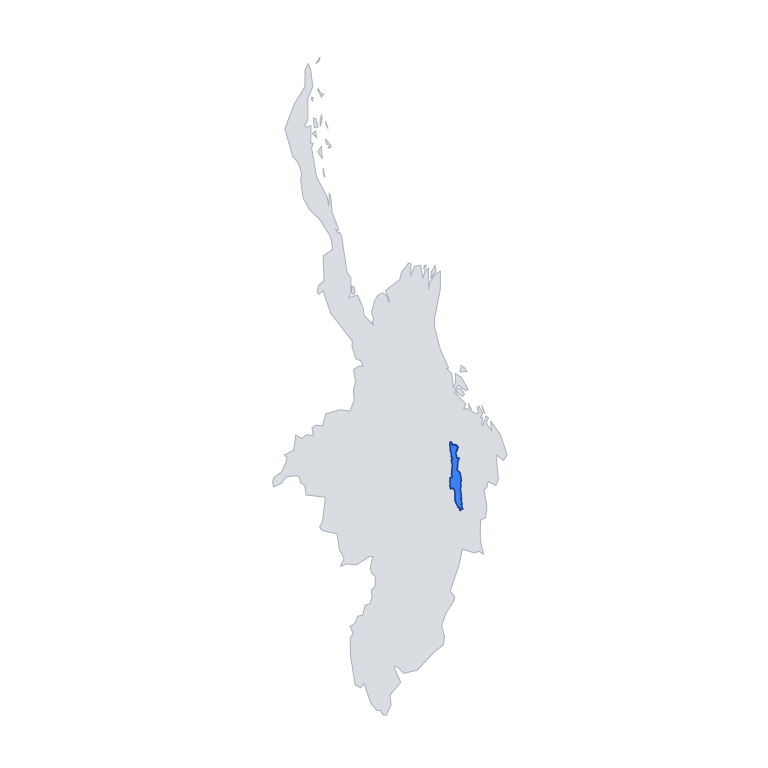 Gangaw, Magway, Myanmar (highlighted), rotated 176°
{"feature_id": "60261553B4120080326164", "entity_name": "Gangaw", "entity_type": "district", "adm_level": 2, "iso_a3": "MMR", "parent_name": "Myanmar", "parent_adm1": "Magway", "projection": "equal_earth", "projection_center": [94.202, 21.795], "detail": "fine", "context": "in_parent", "style": "filled", "palette": "blue", "viewbox_px": 768, "rotation_deg": 176, "n_neighbors": 0, "source": "geoboundaries", "source_scale": "gbopen_adm2", "svg_char_len": 8566}
<svg xmlns="http://www.w3.org/2000/svg" viewBox="0 0 768 768"><g transform="rotate(176 384 384)"><path d="M475.6,339.1L469.4,335.3L465.0,338.8L458.1,337.5L458.9,345.0L455.0,347.6L448.0,346.8L444.0,358.4L429.6,361.4L420.1,359.2L415.0,369.5L414.7,381.2L412.2,388.3L413.3,400.6L407.2,403.8L403.5,403.1L405.5,408.7L410.4,411.2L413.3,423.8L412.5,428.8L432.2,458.2L438.3,481.3L442.9,478.2L444.3,480.5L442.5,486.7L436.5,491.3L435.8,515.9L426.0,521.8L426.4,530.0L427.6,535.8L436.4,552.2L446.2,563.3L451.7,575.4L452.9,592.8L451.6,600.1L454.2,610.7L459.3,617.6L465.1,645.4L453.8,669.9L442.2,686.0L440.8,703.1L437.1,708.8L435.3,703.4L434.3,685.5L440.0,674.2L441.6,652.3L445.2,647.6L443.3,645.5L438.8,646.9L440.3,629.3L437.7,628.6L439.8,624.8L436.8,595.4L427.8,574.8L426.6,565.8L425.3,577.9L424.2,575.5L423.8,559.3L418.6,541.6L419.1,540.1L421.5,541.6L419.3,537.6L417.5,538.5L416.0,534.2L413.0,497.6L409.6,492.4L410.8,476.7L413.3,472.7L404.0,474.4L399.5,461.1L399.2,453.9L389.8,442.9L391.4,446.4L389.8,450.0L391.4,456.2L387.6,467.7L383.9,472.9L378.8,475.0L374.8,471.8L373.9,465.7L372.3,465.6L375.9,477.2L361.0,487.1L358.8,494.0L351.0,503.1L348.7,501.9L349.9,489.6L345.4,499.4L339.1,499.7L337.8,486.6L335.2,494.2L331.6,496.6L332.7,474.8L331.7,481.1L325.7,489.8L319.9,492.6L321.2,474.6L329.0,446.2L329.6,436.9L325.4,414.3L318.5,395.4L320.5,395.1L315.8,389.7L315.1,375.7L312.4,380.7L312.1,389.5L306.1,384.9L300.5,372.7L302.8,371.6L309.3,377.4L313.0,374.2L313.9,370.2L303.7,358.3L306.2,353.5L302.9,353.6L294.2,347.9L291.7,348.9L292.8,354.0L291.0,355.4L287.6,347.7L290.1,343.9L288.0,343.8L289.3,337.0L288.5,336.0L284.4,345.0L282.1,342.9L284.7,338.3L283.6,335.7L279.9,330.4L280.3,339.9L271.2,324.9L266.1,304.6L270.1,299.4L277.1,305.4L276.6,280.4L279.6,275.1L286.8,279.5L288.9,273.2L291.7,271.5L289.9,254.4L292.1,243.4L297.0,241.5L298.1,232.6L298.8,220.6L296.5,207.3L300.8,210.4L305.8,209.3L317.4,213.8L321.7,198.3L332.4,172.9L328.4,167.1L329.1,163.5L338.6,150.3L343.4,138.5L341.2,127.9L343.2,119.3L351.9,113.8L370.5,96.4L384.4,93.9L390.2,100.8L394.0,101.4L388.1,85.2L399.8,73.1L399.3,63.5L404.8,53.5L407.9,53.8L410.7,58.8L413.8,58.8L419.3,66.1L424.7,86.4L428.6,82.7L433.7,85.7L436.4,115.8L435.3,133.4L432.2,137.4L434.7,144.6L429.8,147.2L426.4,154.2L421.5,154.8L418.2,164.5L413.2,165.9L410.6,173.4L411.2,179.2L407.2,182.5L406.0,192.3L409.5,196.2L410.7,201.5L407.0,212.6L410.2,213.1L423.9,205.6L433.5,207.1L440.1,205.3L436.0,212.8L440.2,222.6L441.2,237.8L455.8,242.1L458.2,245.9L455.0,250.6L450.3,275.2L469.4,278.7L470.1,288.2L474.2,291.6L474.9,296.9L477.5,298.6L487.7,298.3L493.7,291.8L501.4,289.0L501.9,294.4L500.2,298.4L491.8,303.9L486.2,315.2L485.8,317.7L488.5,319.9L478.7,324.5L475.6,339.1ZM306.4,366.0L312.5,370.6L311.4,374.1L307.5,374.3L304.5,368.3L306.4,366.0ZM429.8,612.9L433.8,620.3L430.0,625.3L429.8,612.9ZM305.7,397.1L302.5,394.5L300.4,390.6L307.2,390.7L305.7,397.1ZM435.7,644.5L435.9,654.2L433.4,653.1L431.7,645.0L435.7,644.5ZM329.0,492.5L324.9,498.6L324.3,493.4L330.0,485.8L329.0,492.5ZM409.3,484.1L406.8,482.2L406.5,476.6L408.4,475.0L409.9,477.7L409.3,484.1ZM427.6,656.4L427.1,653.1L429.7,645.3L429.3,652.2L427.6,656.4ZM426.3,674.4L429.7,681.7L429.1,683.2L425.9,677.4L423.9,677.8L426.3,674.4ZM438.0,639.0L434.4,641.1L434.1,634.4L438.0,639.0ZM429.8,708.2L425.1,714.5L425.7,711.0L429.8,708.2ZM286.5,348.7L288.1,356.4L285.3,347.3L286.5,348.7ZM429.8,597.7L429.7,603.6L428.5,593.9L429.8,597.7ZM300.5,354.2L301.1,359.1L298.5,352.1L300.5,354.2ZM425.2,632.0L422.5,629.0L423.4,626.9L424.8,627.4L425.2,632.0ZM423.3,623.3L421.6,627.3L419.9,624.9L421.2,623.2L423.3,623.3ZM423.8,647.1L423.9,650.6L421.9,642.5L423.8,647.1ZM335.4,499.6L333.5,499.5L336.0,495.6L336.3,497.0L335.4,499.6ZM436.4,675.1L434.6,674.5L435.9,670.6L436.4,675.1Z" fill="#d9dde1" stroke="#a8b0b8" stroke-width="1"/><path d="M314.2,276.8L314.5,279.8L313.8,281.6L313.6,282.0L313.5,282.3L313.5,282.7L313.6,283.2L313.9,286.6L314.2,289.5L314.4,289.9L314.8,290.7L315.0,291.0L315.3,291.4L316.1,292.0L316.7,292.4L316.7,292.5L316.7,293.3L316.7,293.6L316.9,293.9L317.1,294.2L317.1,294.5L316.8,294.8L316.8,295.0L316.5,295.3L316.4,295.6L316.4,295.8L316.6,296.1L316.6,296.3L316.6,296.5L316.3,296.9L316.4,297.1L316.3,297.3L316.0,297.9L316.0,298.0L316.3,298.5L316.1,299.1L316.0,299.6L315.9,300.4L315.7,301.0L315.5,301.5L315.3,302.2L315.2,302.4L315.2,302.6L315.4,303.1L315.5,303.3L315.4,303.2L315.2,303.1L314.9,303.5L314.7,303.9L314.3,304.3L314.1,304.4L314.3,304.7L314.5,304.9L314.6,305.0L315.0,305.1L315.3,304.9L315.6,305.0L315.9,305.0L316.0,305.1L316.4,305.1L316.7,305.3L316.6,305.6L316.6,306.1L316.5,306.5L316.5,306.9L316.5,307.2L316.5,307.3L316.8,307.8L316.9,308.1L316.9,308.3L316.9,308.5L316.9,308.8L317.0,308.9L317.1,309.0L317.1,309.3L317.1,309.7L317.0,310.4L316.9,311.0L316.7,311.3L316.6,311.6L316.5,312.0L316.4,312.2L316.2,312.4L315.7,312.5L315.4,312.6L315.4,312.9L315.8,313.5L316.0,313.6L315.7,314.0L315.3,314.4L315.2,314.4L314.5,315.5L314.1,316.4L314.4,316.1L314.5,315.9L314.8,315.9L315.0,316.6L315.1,316.9L315.2,317.1L315.7,316.8L315.9,316.7L316.0,316.7L316.2,317.4L316.3,317.5L316.5,318.1L316.4,318.3L316.4,318.5L316.6,318.6L316.9,318.6L317.0,318.5L317.3,318.5L317.7,318.6L317.8,318.4L317.9,318.2L318.1,318.2L318.3,318.5L318.5,318.7L319.3,319.0L319.5,318.9L319.5,318.7L319.8,318.4L319.9,318.2L320.2,318.7L320.3,319.2L320.3,319.8L320.4,320.4L320.5,320.8L320.6,321.0L320.9,320.9L321.1,320.9L321.2,321.2L321.4,321.1L321.5,321.1L321.7,321.4L321.8,321.2L322.1,321.2L321.9,320.6L321.9,320.4L322.2,320.1L322.3,319.9L322.4,319.6L322.6,319.6L322.6,319.0L322.6,318.1L322.6,317.7L322.5,317.2L322.5,316.8L322.4,316.1L322.5,314.1L322.3,313.3L322.4,313.0L322.4,312.9L322.5,312.9L322.4,312.5L322.3,312.1L322.4,311.9L322.0,311.1L322.1,310.8L322.0,310.7L321.9,310.6L321.9,310.4L321.8,310.2L321.8,309.9L321.7,309.8L321.7,309.5L321.9,308.8L321.8,308.7L322.1,308.0L322.1,307.6L322.1,306.9L322.1,306.6L321.7,306.5L321.3,306.5L321.2,306.5L321.1,306.4L321.1,305.6L321.0,305.2L321.3,305.0L321.1,304.7L321.0,304.4L321.5,304.4L321.8,304.1L322.0,303.9L322.0,303.7L322.0,303.4L322.2,303.1L322.1,302.8L322.0,302.6L321.9,302.2L321.9,301.7L322.0,301.6L321.9,301.2L321.8,300.1L321.7,299.8L321.7,299.6L321.5,298.7L321.4,298.1L321.5,297.8L321.6,297.6L321.6,297.4L321.5,297.2L321.6,296.8L321.8,296.6L321.8,296.4L321.9,296.1L322.0,295.5L322.1,295.0L322.1,294.8L322.3,294.1L322.3,293.8L322.3,293.7L322.3,293.3L322.5,292.7L322.4,292.6L322.4,292.3L322.6,291.9L322.5,291.5L322.5,291.1L322.6,290.9L322.8,290.5L322.9,290.3L322.9,290.0L323.0,289.9L322.9,289.7L323.0,289.5L323.0,289.2L322.8,288.8L322.8,288.6L322.5,288.3L322.4,288.1L322.4,287.6L322.4,287.4L322.3,286.9L322.5,286.7L322.4,286.4L322.9,286.1L323.1,286.2L323.3,286.3L323.9,286.3L324.1,286.4L324.5,286.1L324.5,285.9L324.8,285.4L324.7,285.3L324.7,285.2L324.8,285.1L324.8,284.7L324.8,284.2L324.9,283.7L325.0,282.7L325.0,282.3L325.1,282.1L325.1,281.9L325.0,281.7L325.2,281.0L325.2,280.9L325.0,280.7L324.9,280.3L324.8,280.1L324.7,279.9L324.7,279.6L325.0,278.7L325.4,278.5L325.4,277.9L325.4,277.6L325.3,277.3L325.1,276.9L325.0,276.4L325.2,276.0L325.2,275.9L324.9,274.9L324.8,275.0L324.6,275.1L324.4,275.3L324.2,275.4L324.0,275.5L323.9,275.5L323.8,275.4L323.7,275.3L323.5,275.5L323.4,275.5L323.3,275.3L323.2,275.2L323.0,274.9L322.7,274.7L322.4,274.6L322.3,274.8L322.2,274.9L321.8,274.9L321.8,274.3L321.7,274.0L321.6,273.7L321.3,273.4L321.1,273.0L321.0,272.4L320.9,271.8L321.0,271.4L321.0,271.1L320.8,270.9L320.7,270.8L320.7,270.1L320.6,269.6L320.5,269.4L320.4,269.2L320.8,268.6L321.0,268.6L321.0,267.8L320.9,267.4L320.9,267.2L321.1,266.8L321.1,266.5L321.0,266.3L321.0,266.0L320.9,265.9L320.9,265.7L321.1,265.4L321.2,264.9L321.3,264.6L321.2,264.4L321.4,264.2L321.3,263.6L321.4,263.2L321.3,262.8L321.2,262.5L321.1,262.1L320.9,262.1L320.7,261.8L320.8,261.5L320.8,261.4L320.5,260.5L320.5,260.0L320.4,259.8L320.2,259.3L320.1,259.2L319.6,258.3L319.5,257.8L319.4,257.6L319.3,257.3L319.2,257.0L319.1,256.8L319.1,256.4L318.9,256.2L318.6,255.8L318.6,255.6L318.5,255.4L318.3,255.3L318.0,255.2L317.8,255.2L317.6,255.4L317.5,255.5L317.4,255.5L317.3,255.3L317.1,255.1L317.0,254.9L317.1,254.5L317.1,254.4L317.0,254.1L316.6,254.0L316.6,253.9L316.8,253.7L316.9,253.8L317.1,253.8L317.1,253.6L317.1,253.3L317.1,252.8L317.1,252.6L316.7,252.6L316.8,252.8L316.9,253.0L316.6,253.0L316.4,253.1L316.1,253.3L316.1,253.6L316.0,253.8L315.5,254.0L315.1,253.8L314.2,253.7L315.0,257.2L315.3,258.4L314.4,258.7L314.5,259.7L315.3,263.8L315.1,263.8L315.0,264.0L314.8,263.9L314.5,264.2L314.5,264.3L315.3,264.3L315.5,264.3L314.5,266.8L315.0,270.7L314.9,272.5L315.1,274.2L314.2,276.8Z" fill="#3b82f6" stroke="#1e3a8a" stroke-width="1.5"/></g></svg>